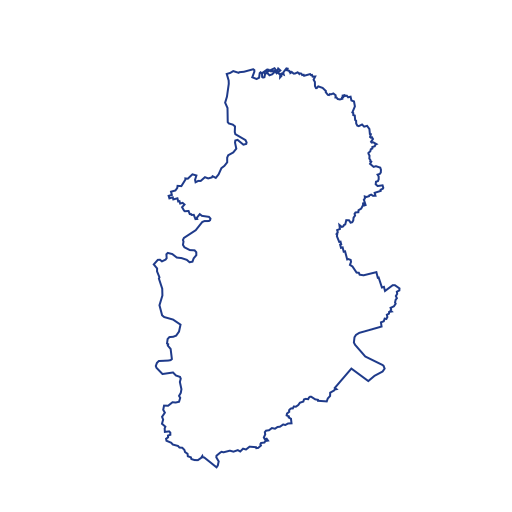 the district of Rockhampton, Queensland, Australia, rotated 247°
{"feature_id": "25037944B96392818490355", "entity_name": "Rockhampton", "entity_type": "district", "adm_level": 2, "iso_a3": "AUS", "parent_name": "Australia", "parent_adm1": "Queensland", "projection": "natural_earth1", "projection_center": [150.365, -23.417], "detail": "fine", "context": "isolated", "style": "outline", "palette": "blue", "viewbox_px": 512, "rotation_deg": 247, "n_neighbors": 0, "source": "geoboundaries", "source_scale": "gbopen_adm2", "svg_char_len": 6105}
<svg xmlns="http://www.w3.org/2000/svg" viewBox="0 0 512 512"><g transform="rotate(247 256 256)"><path d="M350.5,400.8L355.1,405.5L360.0,406.6L361.9,404.6L365.7,405.3L366.1,402.8L368.1,402.2L368.6,400.1L369.5,400.3L369.8,398.5L368.1,398.2L368.3,397.1L367.0,396.9L367.3,394.4L368.6,392.5L370.5,392.0L370.9,391.1L372.8,392.1L375.4,390.7L375.5,388.1L376.2,387.3L375.6,386.1L376.3,385.1L379.6,384.2L380.5,384.8L384.7,383.0L387.8,379.6L386.8,377.5L387.1,376.8L389.4,376.7L393.2,378.2L395.8,377.9L398.1,380.6L399.0,378.2L400.8,378.3L401.0,377.3L402.3,376.9L403.1,370.7L404.2,370.7L404.5,369.2L406.1,369.0L407.1,367.5L406.7,367.0L408.8,366.1L408.7,363.2L409.2,361.9L411.2,360.9L411.0,359.3L412.1,359.7L412.2,358.9L413.6,358.8L414.8,357.2L416.1,358.3L416.8,357.3L414.2,352.7L412.2,352.4L414.0,350.8L413.9,349.9L411.8,349.8L411.0,348.0L413.6,349.2L416.1,347.5L417.3,350.9L419.9,349.7L416.5,346.3L418.7,345.6L419.7,346.9L421.6,346.4L421.4,341.6L420.1,341.9L419.2,344.9L417.7,344.0L416.9,341.8L417.1,339.0L419.2,338.3L420.4,336.7L421.1,337.3L421.2,340.1L422.5,340.4L423.3,339.2L422.3,334.6L420.0,335.5L417.3,333.6L417.5,332.2L418.4,331.6L421.5,332.8L423.3,332.0L422.9,330.9L418.9,328.5L418.7,325.7L422.0,322.4L426.3,326.5L427.8,327.1L429.0,326.4L430.3,316.9L431.7,312.5L431.4,311.6L435.1,307.3L434.6,303.8L435.0,300.2L428.2,299.4L425.1,298.2L414.0,291.5L409.2,287.5L403.4,287.6L390.3,282.3L388.6,282.8L386.0,286.0L383.5,287.3L378.4,284.9L376.2,284.6L366.8,291.6L364.2,291.7L363.0,290.8L363.4,287.9L370.1,284.4L370.4,282.1L368.6,281.0L362.5,279.8L360.2,275.5L359.6,269.8L357.8,267.9L353.5,266.1L351.3,262.1L350.4,258.5L345.7,253.4L343.6,249.5L346.4,247.2L345.6,246.0L346.1,242.3L348.5,239.8L346.7,234.4L347.7,232.2L347.5,229.2L350.0,229.7L353.4,232.6L356.0,229.4L353.8,223.4L355.0,221.3L354.0,221.0L349.5,214.6L351.2,211.2L349.4,210.1L347.8,207.4L348.4,202.9L345.1,202.4L345.5,199.1L342.9,198.8L342.5,202.3L340.4,202.0L339.8,206.2L336.6,205.7L336.4,207.0L333.9,206.7L333.6,209.2L331.3,210.3L329.8,207.0L325.9,207.5L325.0,208.0L323.8,211.5L320.5,211.4L319.9,212.6L319.0,212.7L318.2,214.8L313.6,214.7L313.1,216.3L314.2,216.3L316.5,220.6L314.1,221.9L310.4,228.0L308.2,228.7L306.9,227.7L306.6,226.3L308.3,222.2L308.3,219.8L303.3,210.6L300.8,196.7L299.3,195.0L297.6,194.9L294.8,193.1L292.0,193.5L287.3,197.4L285.2,201.7L282.8,202.5L280.1,201.4L278.2,197.7L275.6,195.3L276.2,192.4L279.5,190.8L283.2,186.6L285.5,182.5L290.5,179.7L293.3,176.0L292.6,174.2L288.9,172.9L288.0,171.3L287.8,167.3L290.1,166.1L290.8,164.1L288.2,158.6L283.2,160.1L280.5,158.9L274.1,158.8L273.2,157.8L262.5,156.9L256.2,154.4L248.4,147.9L238.1,146.4L235.7,147.6L229.9,154.8L222.3,159.7L216.5,155.6L213.9,151.4L214.0,148.2L215.2,144.6L214.1,142.2L210.2,139.9L209.1,140.7L208.0,139.8L203.8,141.1L194.0,138.3L193.5,136.7L194.0,134.5L197.3,125.5L196.3,123.0L193.9,120.8L192.0,120.7L183.9,123.8L181.2,134.1L177.3,135.6L174.4,138.8L172.5,138.8L169.8,136.7L162.5,135.3L159.4,133.3L157.3,130.5L155.0,130.8L151.9,128.2L152.5,124.8L154.0,122.0L152.5,116.6L154.2,112.9L150.7,110.5L147.4,110.9L144.7,106.7L141.7,106.6L138.3,103.9L134.3,105.9L132.9,104.5L129.7,103.4L128.5,107.5L126.9,108.1L124.9,107.3L125.1,104.8L123.4,104.2L122.9,101.8L120.9,101.4L117.2,105.0L115.0,105.7L111.6,110.0L109.6,110.7L108.3,113.2L105.5,114.3L103.2,114.1L100.7,115.7L98.3,115.0L96.1,117.4L94.3,117.2L92.1,119.8L90.8,122.8L91.6,126.6L92.9,128.5L91.4,128.4L90.8,129.6L76.9,137.1L78.1,139.0L81.5,141.4L86.2,140.8L87.6,141.6L89.0,146.3L89.2,147.8L88.0,149.4L87.0,155.9L84.7,158.8L84.4,163.4L82.2,165.1L83.7,168.8L81.8,171.2L83.0,175.6L80.0,181.3L79.0,181.2L78.5,183.0L79.6,186.5L81.1,186.5L81.9,187.6L81.0,190.9L82.0,192.3L81.4,194.9L83.7,194.4L84.0,192.5L85.9,192.3L88.2,194.8L90.4,195.3L91.3,197.0L90.5,199.9L91.4,203.4L89.6,206.0L90.2,209.0L89.5,211.4L90.3,215.2L89.0,216.9L89.3,220.1L88.1,223.3L92.5,224.6L94.6,223.0L95.5,223.6L97.3,221.9L98.9,223.0L99.6,225.7L101.1,226.2L101.7,227.5L102.0,228.9L101.3,230.3L102.7,232.0L101.7,233.8L102.3,236.7L103.8,239.1L103.5,242.7L105.2,244.1L105.1,245.9L103.8,248.1L105.0,249.4L105.3,250.8L104.9,251.8L100.9,254.5L99.4,256.8L98.5,256.5L94.5,264.3L96.8,266.4L98.2,269.5L101.2,270.9L101.7,275.3L102.3,276.2L102.0,278.0L103.8,277.0L115.1,299.8L97.0,310.5L99.4,318.3L100.2,327.4L102.1,330.4L105.1,330.5L106.2,329.9L120.8,317.3L135.5,312.5L138.1,312.3L142.7,314.9L144.3,317.2L144.9,321.0L142.0,344.0L146.1,345.1L146.0,348.1L148.1,350.0L147.1,351.4L148.5,353.1L150.8,353.5L151.0,355.9L152.5,356.7L151.9,359.2L153.3,358.6L154.2,359.6L155.7,359.6L155.8,363.3L157.5,365.9L158.8,365.8L161.1,367.4L162.1,369.2L164.5,369.1L166.0,371.2L168.1,371.7L168.3,374.5L170.1,375.4L174.9,372.4L175.7,370.4L173.4,361.1L177.6,361.7L177.8,359.6L188.3,360.5L188.4,359.6L194.1,360.5L196.2,347.5L198.3,344.1L200.4,344.1L201.4,342.1L208.7,340.7L211.1,339.0L213.5,341.2L215.4,341.6L217.1,339.8L217.2,338.6L225.5,339.8L225.7,338.4L230.1,339.1L230.3,337.4L233.6,337.9L233.5,339.0L236.2,339.4L236.4,338.1L242.6,338.2L244.5,339.4L244.9,338.9L246.0,340.6L248.1,340.8L248.1,343.8L252.0,344.9L249.2,346.3L249.2,347.9L250.2,349.2L250.2,350.5L253.7,353.1L252.5,355.6L249.7,356.1L249.5,357.8L250.7,359.4L253.2,360.8L254.5,363.0L256.3,363.2L257.2,364.6L256.3,367.3L258.1,368.3L258.5,371.3L261.1,374.5L262.6,375.1L262.5,375.7L260.2,375.5L260.1,376.8L265.7,377.3L266.4,378.7L268.3,379.4L267.2,380.6L266.9,383.4L267.5,383.9L267.5,386.0L265.7,387.2L264.8,389.5L267.8,389.9L267.2,396.2L268.3,396.6L268.4,399.1L269.0,399.8L271.6,400.1L272.9,395.3L275.3,394.2L277.5,395.5L277.3,397.5L278.7,398.9L281.3,400.0L283.4,399.7L283.2,402.0L284.1,403.5L286.5,404.7L288.8,404.9L291.8,401.5L292.1,399.1L296.3,397.0L297.7,398.9L298.5,398.2L299.3,398.8L301.4,398.4L304.0,399.7L306.3,399.5L307.0,399.8L307.7,402.1L309.4,403.4L309.5,405.1L310.9,405.7L310.6,408.2L311.8,409.3L311.9,410.6L314.8,408.4L315.2,406.8L316.2,406.5L318.0,409.4L320.0,409.1L319.9,408.1L321.0,407.5L323.2,409.3L323.8,408.5L328.6,410.0L332.4,409.1L332.8,406.1L335.6,405.0L335.4,401.3L336.4,400.2L338.8,400.0L341.4,401.0L342.5,400.4L346.7,401.8L347.7,400.6L349.7,401.4L350.5,400.8Z" fill="none" stroke="#1e3a8a" stroke-width="2"/></g></svg>